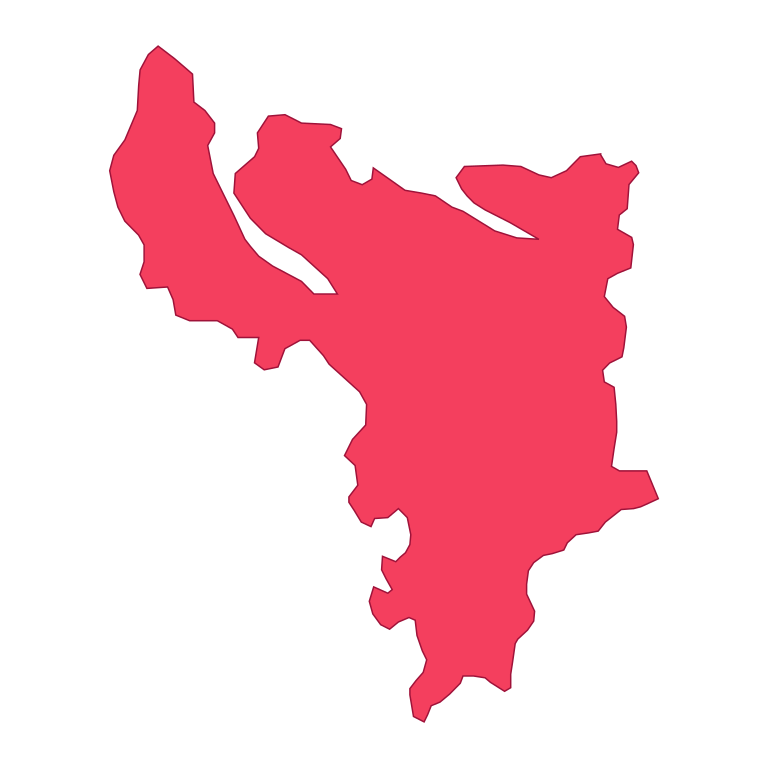 outline of Haenam-gun, South Jeolla, South Korea
{"feature_id": "91817680B93885607227135", "entity_name": "Haenam-gun", "entity_type": "district", "adm_level": 2, "iso_a3": "KOR", "parent_name": "South Korea", "parent_adm1": "South Jeolla", "projection": "natural_earth1", "projection_center": [126.514, 34.528], "detail": "fine", "context": "isolated", "style": "filled", "palette": "rose", "viewbox_px": 768, "rotation_deg": 0, "n_neighbors": 0, "source": "geoboundaries", "source_scale": "gbopen_adm2", "svg_char_len": 2598}
<svg xmlns="http://www.w3.org/2000/svg" viewBox="0 0 768 768"><path d="M600.7,153.9L580.3,156.7L566.5,170.7L551.3,177.7L538.9,174.9L520.9,166.5L503.0,165.1L464.4,166.5L456.1,177.7L461.6,188.9L467.1,195.9L474.0,202.9L485.1,209.9L509.9,222.5L538.9,239.3L516.8,237.9L494.7,230.9L463.0,211.3L451.9,207.1L435.4,195.9L421.6,193.1L405.0,190.3L391.2,180.5L373.3,167.9L371.9,179.1L362.2,184.7L351.2,180.5L345.7,169.3L330.5,146.9L340.2,138.5L341.5,128.7L330.5,124.5L301.5,123.1L285.0,114.7L268.4,116.1L257.4,132.9L258.7,148.3L254.6,156.7L235.3,173.5L233.9,193.1L250.4,218.3L265.6,233.7L289.1,247.8L301.5,254.8L327.7,278.6L337.4,294.0L313.9,294.0L301.5,281.4L272.5,266.0L258.7,256.2L250.4,246.4L244.9,239.3L233.9,215.5L213.2,173.5L207.7,145.5L214.6,132.9L214.6,123.1L204.9,110.5L193.9,102.1L192.5,74.1L174.6,58.7L158.1,46.1L148.4,54.5L140.1,69.9L138.7,85.3L137.3,110.5L124.9,139.9L113.8,155.3L109.7,170.7L113.8,191.7L117.9,207.1L124.8,221.1L138.6,235.1L144.1,244.9L144.1,261.8L140.0,274.4L146.9,288.4L167.6,287.0L173.1,299.6L175.8,315.1L189.6,320.7L206.2,320.7L217.3,320.7L232.4,329.1L238.0,337.5L258.7,337.5L254.5,362.8L264.2,369.8L278.0,367.0L284.9,348.7L300.1,340.3L309.7,340.3L323.5,355.7L329.1,364.2L341.5,375.4L359.6,391.8L366.6,404.4L365.7,425.0L352.5,439.4L344.5,455.6L355.1,465.5L357.8,485.2L348.9,496.9L348.9,502.3L354.2,510.4L361.3,522.1L371.0,526.6L374.6,518.5L387.8,517.6L398.4,508.6L407.3,517.6L410.8,534.7L409.9,544.6L405.5,552.7L400.2,557.2L395.8,561.7L382.5,556.3L381.6,569.8L386.1,578.8L392.2,589.6L387.8,593.2L373.7,586.9L369.3,601.3L372.8,613.9L380.7,624.7L389.6,629.2L398.4,622.0L409.0,617.5L415.2,620.2L417.0,635.5L422.3,650.8L426.7,659.8L423.2,672.4L416.1,680.5L409.9,688.6L409.9,694.9L413.5,716.5L424.1,721.9L427.6,714.7L431.2,705.7L440.0,702.1L449.7,694.0L460.3,683.2L463.0,676.0L473.6,676.0L485.1,677.8L490.4,682.3L504.6,691.3L510.7,687.7L510.7,674.2L512.5,662.5L515.2,643.6L517.8,639.1L527.5,630.1L533.7,621.1L534.6,611.2L526.6,594.1L526.6,584.2L528.4,570.7L533.7,562.6L543.4,555.4L552.3,553.6L563.8,550.0L567.3,542.8L576.1,534.7L588.5,532.9L598.2,531.1L605.3,522.1L621.2,509.5L633.6,508.6L640.6,506.8L648.6,503.2L658.3,498.7L646.8,470.9L619.4,470.9L611.5,466.4L614.1,448.4L616.7,432.2L616.7,421.4L615.8,404.4L614.1,387.3L604.3,381.9L602.6,370.2L609.6,363.0L622.0,356.8L623.8,347.8L626.4,327.1L624.6,316.3L613.1,307.4L604.3,296.6L607.8,278.7L617.5,273.3L630.8,267.9L633.4,244.6L631.7,237.4L617.5,229.3L619.3,215.0L627.2,208.7L629.0,184.5L638.7,172.8L636.0,165.6L631.6,161.2L618.4,167.4L606.0,163.8L600.7,154.9L600.7,153.9Z" fill="#f43f5e" stroke="#9f1239" stroke-width="1.5"/></svg>